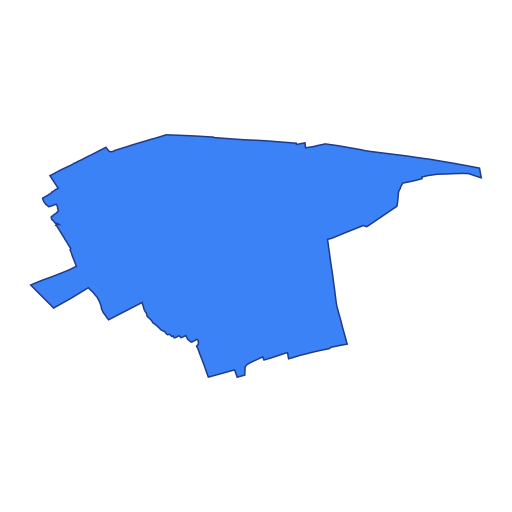 the district of Beresti-Bistrita, Bacau, Romania
{"feature_id": "2599482B84899820201709", "entity_name": "Beresti-Bistrita", "entity_type": "district", "adm_level": 2, "iso_a3": "ROU", "parent_name": "Romania", "parent_adm1": "Bacau", "projection": "equal_earth", "projection_center": [26.845, 46.704], "detail": "fine", "context": "isolated", "style": "filled", "palette": "blue", "viewbox_px": 512, "rotation_deg": 0, "n_neighbors": 0, "source": "geoboundaries", "source_scale": "gbopen_adm2", "svg_char_len": 4548}
<svg xmlns="http://www.w3.org/2000/svg" viewBox="0 0 512 512"><path d="M346.2,340.6L345.9,339.2L345.5,337.8L342.6,327.6L341.1,321.6L339.9,317.2L339.0,314.2L337.9,310.0L336.8,306.1L336.6,304.6L336.3,303.1L335.9,300.1L335.2,294.6L334.7,290.3L333.6,282.4L332.7,275.3L331.7,268.8L330.6,261.5L329.7,254.8L329.2,251.4L328.7,248.0L327.6,239.6L327.7,239.3L331.7,238.3L337.8,235.8L344.2,233.1L354.1,229.2L363.4,225.5L366.8,226.7L390.8,210.4L396.9,206.3L397.5,203.0L398.0,198.1L398.5,192.2L399.0,190.8L399.6,189.7L400.2,188.6L400.7,186.7L402.8,183.1L409.8,181.7L416.4,180.2L419.2,179.4L422.1,178.6L421.8,177.0L428.3,175.5L437.7,174.2L445.8,174.0L452.6,173.7L462.5,173.4L468.4,173.6L469.8,174.0L476.2,176.2L479.6,177.3L481.3,177.8L481.0,176.3L479.5,168.1L465.2,165.4L460.8,164.6L456.6,163.8L452.6,163.1L440.0,161.0L435.5,160.2L430.8,159.4L427.2,158.9L422.6,158.3L418.3,157.7L407.0,156.0L401.6,155.3L386.8,153.5L370.8,151.5L365.3,150.7L361.0,149.7L344.4,146.8L338.9,145.8L328.8,144.4L325.3,143.9L316.3,145.8L313.9,146.5L305.6,147.8L305.4,146.5L305.0,142.8L296.4,144.5L296.3,143.2L267.1,140.9L257.2,140.3L247.1,139.9L241.8,139.6L214.1,137.6L213.4,137.1L195.4,136.0L182.2,135.4L166.1,134.8L164.5,135.3L154.7,138.4L151.6,139.1L147.4,140.4L133.6,144.5L127.4,146.5L116.6,149.9L114.5,150.6L113.4,151.2L112.5,151.6L111.9,151.7L109.5,151.6L108.2,150.2L106.9,148.6L106.0,147.3L100.6,150.0L97.5,151.6L91.5,154.8L88.5,156.1L87.2,156.9L85.9,157.4L83.0,159.0L80.4,160.3L78.2,161.3L77.3,161.6L76.5,162.3L76.1,162.6L74.8,162.9L74.1,163.2L73.3,163.9L70.9,165.2L67.1,166.9L66.1,167.4L60.8,169.9L60.0,170.3L55.2,172.9L53.8,173.7L51.1,175.1L50.6,175.3L49.9,175.6L50.0,175.8L50.9,177.1L51.9,178.6L52.2,179.2L53.1,180.6L53.3,180.8L55.0,183.4L56.7,186.1L58.2,188.2L56.9,189.0L55.5,189.6L54.4,190.5L52.5,191.9L52.0,191.9L51.9,192.2L50.6,193.5L49.9,194.0L48.9,194.4L48.1,195.0L47.4,195.5L46.8,195.9L46.3,196.0L45.7,196.4L45.3,196.7L44.8,196.9L44.3,197.2L43.4,197.7L42.8,197.9L42.6,198.4L42.8,199.1L43.1,199.9L43.4,200.6L43.8,201.5L44.3,202.2L44.8,202.9L45.3,203.7L45.7,204.3L46.6,204.9L47.1,205.3L47.7,205.8L48.5,206.7L49.5,206.6L50.7,206.2L52.8,205.5L54.5,204.8L56.2,204.2L56.9,205.2L57.2,206.0L57.5,207.0L57.6,208.4L58.0,209.6L58.5,210.9L57.6,211.7L56.6,212.7L56.1,213.3L55.5,213.7L54.3,214.4L53.6,215.0L53.1,215.4L52.8,215.9L52.3,216.0L51.4,216.6L51.2,217.4L51.4,218.3L51.6,218.9L51.8,219.4L52.3,220.0L53.2,220.6L53.8,221.3L54.7,222.6L55.5,223.3L56.6,223.5L57.5,223.5L57.9,223.7L58.6,224.1L59.0,224.4L58.1,224.3L57.5,224.4L56.7,224.6L55.9,224.9L55.7,225.4L56.3,225.6L57.1,226.4L58.2,228.4L59.1,229.7L59.7,230.7L60.5,232.0L61.5,233.6L62.6,235.4L64.0,237.6L65.4,240.1L67.1,242.6L68.3,244.8L70.7,248.4L70.2,249.3L70.1,249.7L71.1,252.3L72.6,256.8L73.1,257.8L76.4,266.3L73.7,267.6L70.2,269.3L69.7,269.6L66.7,270.9L62.7,272.5L59.9,273.6L55.6,275.3L52.2,276.6L47.2,278.4L41.8,280.4L37.1,282.3L33.5,283.8L30.7,285.0L38.0,292.4L51.6,306.0L52.7,307.2L53.6,308.1L55.0,307.3L62.4,303.1L71.2,298.2L88.3,287.7L88.7,288.2L89.9,289.4L90.6,290.1L92.2,291.6L93.3,292.6L94.2,293.8L95.7,295.6L97.0,297.1L97.6,298.1L98.8,300.3L99.8,302.5L100.2,303.6L100.6,304.7L101.2,306.4L101.3,307.7L101.5,308.9L102.2,310.3L102.6,311.2L103.1,312.3L104.6,314.4L106.0,316.3L107.6,318.5L108.6,319.8L123.3,312.2L142.1,302.5L142.6,304.3L143.1,305.7L143.5,307.3L144.0,309.0L144.4,310.2L144.8,310.9L145.3,311.7L146.3,313.0L146.9,315.2L147.2,316.5L147.5,316.9L148.0,317.2L148.5,317.6L149.3,318.3L150.4,319.4L151.1,320.1L151.6,320.7L151.9,321.1L152.6,322.5L153.0,322.9L153.6,323.2L155.2,324.4L156.7,325.7L158.0,326.9L159.8,328.6L161.0,329.8L162.2,330.5L163.4,331.0L164.3,331.5L164.8,331.7L165.2,332.1L165.6,332.9L165.9,333.3L166.5,333.9L167.5,334.7L168.3,334.6L168.8,334.4L169.3,334.3L169.7,334.4L170.3,335.1L171.7,336.4L173.2,336.0L173.5,337.0L174.3,337.8L175.5,337.6L176.4,337.1L179.1,335.7L181.0,337.7L182.9,337.0L185.8,335.6L187.7,339.3L188.3,339.9L190.1,341.3L191.2,342.1L191.5,342.1L192.3,341.9L193.3,341.2L195.3,340.3L196.8,339.3L198.3,340.5L198.2,341.8L198.4,343.0L198.2,344.5L196.6,346.0L196.7,346.7L197.8,348.3L199.4,352.9L204.0,364.9L205.3,368.7L208.3,377.1L209.0,377.0L213.2,375.8L226.6,372.1L232.3,370.5L234.6,369.9L237.2,377.2L239.1,376.7L244.8,375.1L244.8,374.2L245.1,367.5L245.5,366.4L246.9,364.6L251.0,362.3L256.4,359.8L261.4,357.5L262.7,356.9L263.9,360.0L269.8,358.3L273.3,357.2L284.7,353.4L287.5,352.6L288.6,358.8L293.9,357.3L300.2,355.3L304.0,354.4L307.9,353.4L314.3,351.8L321.5,350.2L329.4,348.6L330.9,347.3L341.6,345.1L347.2,344.1L346.2,340.6Z" fill="#3b82f6" stroke="#1e3a8a" stroke-width="1.5"/></svg>